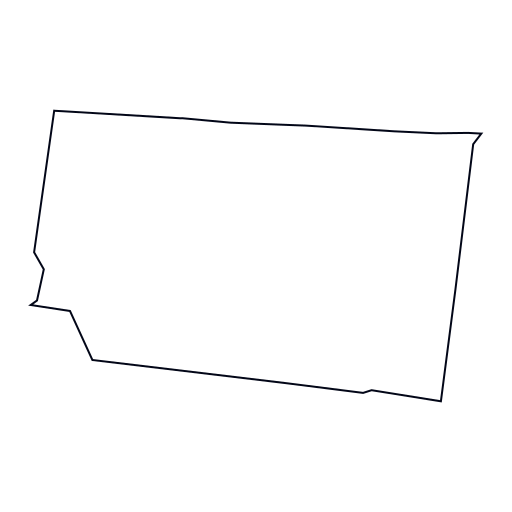 the district of Macon, Tennessee, United States of America
{"feature_id": "52423323B15880220310778", "entity_name": "Macon", "entity_type": "district", "adm_level": 2, "iso_a3": "USA", "parent_name": "United States of America", "parent_adm1": "Tennessee", "projection": "mercator", "projection_center": [-86.02, 36.526], "detail": "fine", "context": "isolated", "style": "outline", "palette": "ink", "viewbox_px": 512, "rotation_deg": 0, "n_neighbors": 0, "source": "geoboundaries", "source_scale": "gbopen_adm2", "svg_char_len": 453}
<svg xmlns="http://www.w3.org/2000/svg" viewBox="0 0 512 512"><path d="M54.2,110.7L34.1,252.3L43.8,269.3L37.0,300.5L30.7,305.0L70.0,311.0L92.4,360.0L286.4,383.2L363.1,392.9L371.6,390.2L440.9,401.3L455.4,289.7L473.2,144.2L481.3,133.6L481.2,133.6L468.1,132.9L436.7,133.3L394.0,131.3L305.7,125.6L289.5,125.0L231.2,122.7L230.8,122.7L225.4,122.2L182.1,118.2L180.8,118.3L62.3,111.2L54.9,110.8L54.2,110.7Z" fill="none" stroke="#020617" stroke-width="2"/></svg>